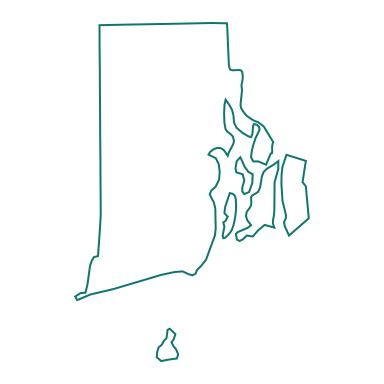 the State of Rhode Island
{"feature_id": "USA-3539", "entity_name": "Rhode Island", "entity_type": "State", "adm_level": 1, "iso_a3": "USA", "parent_name": "United States of America", "parent_adm1": "", "projection": "natural_earth1", "projection_center": [-71.395, 41.581], "detail": "fine", "context": "isolated", "style": "outline", "palette": "teal", "viewbox_px": 384, "rotation_deg": 0, "n_neighbors": 0, "source": "natural_earth", "source_scale": "10m", "svg_char_len": 2971}
<svg xmlns="http://www.w3.org/2000/svg" viewBox="0 0 384 384"><path d="M273.2,142.1L272.8,142.9L272.1,146.5L272.2,151.7L272.0,153.1L270.8,153.4L266.0,164.7L258.2,161.4L253.2,161.4L251.0,157.1L251.7,151.7L253.3,144.8L255.6,138.0L259.6,129.7L259.0,126.8L256.9,124.8L254.1,124.0L253.1,125.7L252.4,134.1L251.0,137.2L248.1,136.2L242.3,132.7L236.6,127.8L234.0,122.6L233.5,115.6L232.1,110.1L229.4,105.0L225.6,99.7L224.5,104.8L224.1,113.5L224.4,122.7L225.6,129.3L227.6,131.9L230.4,133.9L232.9,136.5L234.0,141.1L233.1,144.4L229.0,152.1L227.7,155.8L225.5,152.4L223.4,149.7L220.8,148.2L217.2,147.9L213.6,149.2L210.1,152.0L208.5,154.6L215.7,158.1L218.7,164.1L219.7,171.8L219.1,179.6L215.6,186.8L211.4,190.5L209.7,194.4L213.8,202.3L215.3,208.3L215.7,228.7L214.9,235.5L206.0,259.8L201.4,265.6L197.0,270.0L195.6,273.6L192.7,275.3L189.6,274.6L182.6,271.4L174.8,272.0L161.5,274.8L113.6,289.0L90.4,294.5L77.2,300.1L75.2,296.6L80.6,293.1L80.8,293.1L85.4,292.7L87.4,285.0L90.1,265.4L92.0,260.2L94.0,257.1L98.0,256.1L99.7,232.1L100.7,216.1L100.7,204.4L100.5,182.0L100.4,159.6L100.2,137.2L100.1,114.7L99.9,92.4L99.8,70.0L99.6,47.6L99.5,25.2L127.3,24.6L155.2,24.1L183.1,23.6L210.9,23.0L226.9,23.3L227.3,28.5L227.8,40.7L228.9,65.1L229.4,67.7L230.3,69.7L232.8,70.3L238.6,70.0L241.1,70.4L242.2,71.9L242.8,76.3L242.6,79.1L242.3,81.4L241.5,84.8L241.6,86.6L242.0,90.5L240.6,103.7L240.6,105.7L241.2,108.2L242.9,111.1L246.4,115.6L251.5,119.2L255.0,121.1L258.0,122.1L263.7,126.4L273.2,142.1ZM308.8,218.3L289.0,235.5L284.9,226.5L284.0,222.4L285.8,218.2L286.0,215.3L282.5,200.8L281.4,183.7L281.6,174.4L282.5,166.6L286.5,154.8L290.6,156.1L295.7,157.7L300.8,159.3L305.9,160.9L305.0,166.2L304.2,171.5L303.4,176.8L302.5,182.1L303.4,183.2L304.2,184.2L305.0,185.3L305.9,186.4L306.7,195.9L307.6,205.5L308.5,215.1L308.8,218.3ZM258.2,191.7L260.1,187.3L261.9,176.4L263.7,171.9L266.8,168.8L274.5,164.1L278.3,161.1L278.3,169.0L274.6,182.3L274.3,211.4L273.8,216.0L273.1,219.7L272.9,223.3L274.3,227.6L264.7,224.9L258.1,230.4L252.8,236.5L246.7,235.5L243.0,239.3L239.5,241.0L236.9,239.6L235.9,234.1L237.9,232.0L247.6,227.9L251.1,225.2L247.2,220.1L245.9,215.6L246.9,211.6L249.9,207.6L251.0,205.5L251.3,202.8L251.1,197.1L252.0,195.6L256.5,193.0L258.2,191.7ZM173.6,339.5L171.5,342.3L173.5,346.2L176.0,349.3L178.2,354.3L176.8,358.5L169.9,359.4L161.2,361.0L156.8,357.3L157.1,352.5L158.6,347.4L161.9,344.7L163.8,340.9L166.4,338.3L167.1,334.2L167.5,330.0L169.6,328.7L171.3,330.2L175.4,334.2L173.6,339.5ZM235.9,200.8L236.1,209.2L235.1,217.7L233.5,225.2L231.7,230.2L230.3,232.3L227.8,235.3L225.2,237.7L223.3,238.2L222.6,235.6L224.4,226.9L223.3,222.3L225.3,221.1L226.2,219.8L226.7,218.4L227.7,216.7L224.4,213.1L225.2,206.8L229.8,193.1L232.7,193.8L234.5,195.3L235.5,197.6L235.9,200.8ZM249.1,192.0L244.3,194.1L242.3,191.5L242.3,187.5L244.3,180.4L242.7,174.3L236.3,172.3L235.5,168.3L236.7,161.2L240.3,157.2L242.7,162.2L244.3,166.3L248.3,171.8L252.7,174.3L252.3,182.9L249.1,192.0Z" fill="none" stroke="#0f766e" stroke-width="2"/></svg>